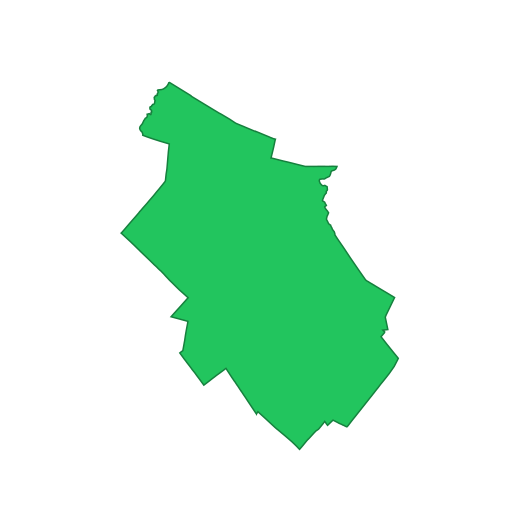 outline of Cornatelu, Dâmbovita, Romania, rotated 237°
{"feature_id": "2599482B11591247588372", "entity_name": "Cornatelu", "entity_type": "district", "adm_level": 2, "iso_a3": "ROU", "parent_name": "Romania", "parent_adm1": "Dâmbovita", "projection": "natural_earth1", "projection_center": [25.687, 44.731], "detail": "fine", "context": "isolated", "style": "filled", "palette": "green", "viewbox_px": 512, "rotation_deg": 237, "n_neighbors": 0, "source": "geoboundaries", "source_scale": "gbopen_adm2", "svg_char_len": 5949}
<svg xmlns="http://www.w3.org/2000/svg" viewBox="0 0 512 512"><g transform="rotate(237 256 256)"><path d="M360.8,323.6L360.7,323.4L363.4,321.5L370.8,316.5L371.0,316.4L374.0,314.3L378.4,311.3L385.1,308.4L385.3,308.3L394.0,304.0L396.1,302.8L405.6,298.2L411.2,295.5L425.3,288.7L425.8,288.8L448.6,278.0L448.8,277.2L447.9,275.9L447.2,274.3L446.8,273.1L446.6,271.6L446.5,269.4L446.9,267.7L447.5,266.5L448.4,264.8L448.5,264.4L448.7,263.8L448.5,263.5L448.1,263.5L447.3,263.4L446.7,263.2L446.4,262.9L446.1,262.1L445.8,261.6L445.5,261.4L444.9,261.1L444.5,260.7L444.6,260.3L445.1,259.9L445.1,259.5L444.9,259.2L445.0,258.9L445.0,258.7L445.0,258.3L444.6,257.9L444.5,257.1L444.3,256.9L443.6,256.6L442.7,256.1L442.2,256.0L441.4,256.1L441.1,255.8L440.6,255.2L439.7,254.4L439.2,253.9L439.0,253.2L439.0,252.6L439.4,251.8L439.0,251.1L438.9,250.4L438.5,250.1L438.4,249.8L438.4,249.4L438.7,248.8L438.6,248.1L437.8,247.6L437.2,247.2L436.5,247.1L435.6,247.6L435.4,247.7L435.1,247.7L434.8,247.6L434.5,247.2L434.0,247.1L433.8,247.1L433.5,246.9L433.5,246.6L433.6,246.4L433.6,246.2L433.0,245.8L432.4,245.5L432.1,245.2L431.9,244.8L432.1,244.5L433.0,244.2L433.5,244.1L433.7,243.5L433.8,243.0L433.9,242.6L434.1,242.2L434.2,241.9L433.8,241.7L432.7,241.2L432.2,240.6L431.8,239.9L431.7,239.2L431.8,238.1L431.6,237.7L431.1,236.9L430.9,236.2L430.6,235.5L429.7,234.1L429.1,233.2L428.8,232.5L428.6,232.1L428.3,231.0L428.0,230.1L427.5,229.0L426.5,228.0L425.3,227.6L423.8,227.5L422.7,227.8L421.8,227.9L420.5,227.6L419.6,227.3L418.9,226.8L415.4,229.4L410.5,233.2L407.2,235.9L404.5,238.1L402.4,239.9L398.3,243.4L397.3,244.2L397.2,244.3L391.3,239.4L390.0,238.4L387.7,236.6L377.4,228.6L373.6,225.2L368.9,221.4L368.4,220.9L368.1,220.5L367.9,220.1L367.6,219.1L366.7,216.5L365.7,213.3L365.0,211.2L364.1,208.2L363.7,206.9L362.4,203.0L361.4,199.5L360.6,196.7L359.5,193.2L358.7,190.3L358.3,188.8L357.7,186.6L357.2,185.1L356.7,183.2L356.5,182.3L356.3,182.0L356.2,181.8L354.7,176.7L353.3,171.7L352.1,167.5L350.5,162.1L349.8,159.7L348.8,156.2L348.6,155.5L348.6,155.4L347.9,155.6L347.1,155.8L343.2,156.8L339.6,157.7L336.8,158.4L333.8,159.1L332.6,159.4L327.7,160.5L321.8,161.8L318.4,162.6L313.8,163.7L310.0,164.6L308.6,164.9L306.3,165.4L305.5,165.6L304.7,165.7L304.6,165.8L304.0,165.9L301.8,166.5L301.0,166.7L298.9,167.1L297.2,167.5L295.7,167.9L295.4,168.0L295.2,168.1L293.5,168.4L291.0,168.9L288.3,169.3L286.2,169.7L284.5,170.0L283.2,170.2L281.8,170.5L280.1,170.9L274.1,172.2L269.2,173.3L258.9,176.1L258.0,176.4L257.9,176.2L257.6,174.9L255.7,168.0L252.1,154.5L251.3,151.7L247.7,154.9L238.3,163.3L238.0,163.1L237.1,162.2L236.8,162.0L232.0,157.4L228.0,153.7L223.9,150.1L223.7,149.9L216.8,143.4L216.5,143.1L216.3,140.0L216.2,139.3L208.6,139.7L208.4,139.7L206.5,139.9L204.4,140.0L199.7,140.4L198.2,140.5L196.4,140.6L195.9,140.6L195.5,140.6L195.2,140.7L194.9,140.7L192.7,140.9L192.1,141.0L190.4,141.1L187.9,141.2L183.7,141.5L176.1,141.9L176.6,148.4L176.6,148.6L176.9,151.6L177.1,154.3L177.2,155.7L177.4,157.9L177.6,162.0L178.1,169.6L176.4,169.6L173.4,169.6L170.9,169.6L170.0,169.6L167.6,169.6L163.4,169.7L162.6,169.7L162.3,169.8L162.1,169.8L159.5,169.8L158.5,169.8L158.2,169.8L157.0,169.9L156.3,169.9L155.0,169.9L154.7,169.9L153.9,169.9L153.4,169.9L152.8,169.9L151.3,170.0L151.0,170.0L151.0,169.9L149.6,170.0L149.0,170.0L147.9,170.0L147.0,170.0L146.5,170.0L142.5,170.1L140.8,170.1L138.4,170.1L130.9,170.2L123.4,170.3L123.2,170.3L123.3,170.4L123.5,170.7L123.7,171.4L124.4,172.8L113.7,175.6L101.8,178.6L99.7,179.2L98.0,179.8L96.9,180.1L96.1,180.4L94.3,180.9L89.8,182.3L86.4,183.3L82.6,184.4L80.9,184.9L77.1,185.8L74.9,186.3L70.1,187.2L71.6,192.3L73.5,198.2L73.9,199.8L74.0,200.1L73.9,200.2L76.2,209.1L76.3,209.7L76.6,210.8L76.7,214.2L79.0,221.4L79.1,221.5L79.7,223.3L79.8,223.5L77.3,223.7L77.2,223.6L75.0,223.8L76.4,231.2L71.7,233.9L70.9,234.3L70.5,234.5L69.9,234.9L69.2,235.4L67.8,236.3L66.7,236.9L66.4,237.0L66.2,237.4L65.8,237.7L65.1,237.9L64.0,238.6L63.3,239.1L63.2,239.2L63.2,239.3L63.6,240.9L65.6,246.5L67.9,253.4L71.3,263.5L75.1,274.8L76.4,278.7L76.6,279.2L76.8,279.9L77.3,281.3L77.6,282.1L78.5,284.8L78.7,285.4L78.8,285.8L80.6,290.8L81.8,294.6L83.1,298.5L84.8,303.5L86.4,307.5L88.1,311.7L89.8,314.7L91.8,318.2L92.7,319.6L102.1,318.6L110.9,317.7L120.2,316.9L121.9,322.6L121.7,322.7L124.7,322.0L122.5,326.5L134.3,331.1L135.7,333.1L145.7,349.6L163.3,341.0L172.7,336.4L172.9,336.4L174.3,335.6L176.2,334.9L187.6,334.5L203.2,334.1L214.4,334.0L225.7,333.7L229.1,333.7L230.1,333.7L230.4,333.6L232.1,334.4L233.8,334.8L235.0,334.7L236.8,334.6L238.6,335.0L240.0,335.0L241.2,335.4L241.8,335.1L243.5,334.5L245.1,334.7L246.2,334.9L247.4,334.9L248.6,335.2L250.6,337.2L251.5,338.7L252.7,340.4L254.9,340.4L257.0,340.1L259.5,340.2L260.0,340.5L260.0,341.2L260.0,341.7L260.0,342.5L260.7,342.6L261.3,342.7L261.6,342.6L262.2,342.5L262.9,342.8L263.7,342.9L264.1,342.7L264.5,342.6L265.2,342.3L265.6,341.9L265.9,341.8L266.3,341.9L266.6,342.2L267.3,343.1L268.4,344.7L269.6,346.3L270.4,348.5L270.5,349.2L270.7,349.4L271.4,349.8L271.7,349.9L272.0,350.2L272.2,351.3L272.7,352.0L274.6,353.0L275.5,353.4L275.9,353.1L276.5,352.8L277.0,352.5L277.6,352.3L277.8,352.1L278.2,350.8L278.3,350.5L279.0,350.1L279.3,349.8L279.8,349.7L280.6,349.6L282.0,349.4L282.9,349.6L284.1,349.8L284.4,350.0L285.0,350.3L285.6,351.1L285.4,351.7L284.3,354.0L283.7,354.7L283.4,355.2L283.3,355.7L283.3,357.5L282.8,360.9L283.6,362.4L284.4,363.4L285.8,364.9L286.0,365.3L286.0,365.6L286.0,366.2L285.5,368.0L285.4,368.4L285.4,369.8L285.4,370.1L286.0,371.2L286.5,372.0L287.0,372.7L289.4,369.3L290.2,368.0L290.5,367.5L291.3,366.2L291.7,365.5L294.3,361.6L298.3,355.4L299.1,354.1L301.0,351.2L302.8,348.4L304.3,346.1L307.5,343.1L310.7,340.1L314.4,336.7L317.4,333.9L320.8,330.6L323.5,328.1L329.9,322.2L330.0,322.0L330.3,322.3L332.2,324.3L335.4,327.7L337.7,330.1L343.2,335.6L343.4,335.9L343.6,335.7L344.1,335.3L345.0,334.4L346.4,333.5L347.4,332.7L348.7,331.9L353.2,328.8L358.9,324.9L360.6,323.7L360.8,323.6Z" fill="#22c55e" stroke="#15803d" stroke-width="1.5"/></g></svg>